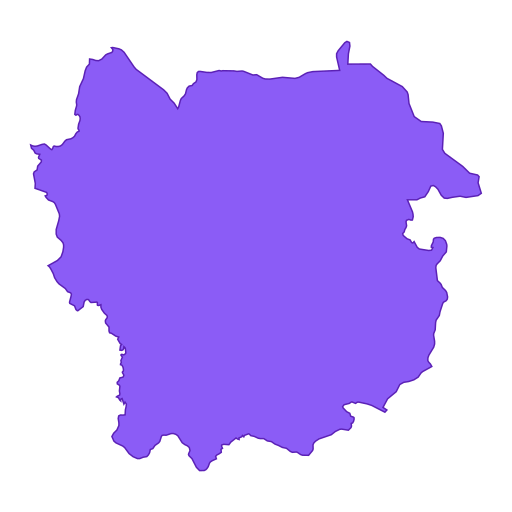 SVG path tracing the border of Kayes
{"feature_id": "MLI-2793", "entity_name": "Kayes", "entity_type": "Region", "adm_level": 1, "iso_a3": "MLI", "parent_name": "Mali", "parent_adm1": "", "projection": "albers", "projection_center": [-10.556, 13.794], "detail": "fine", "context": "isolated", "style": "filled", "palette": "violet", "viewbox_px": 512, "rotation_deg": 0, "n_neighbors": 0, "source": "natural_earth", "source_scale": "10m", "svg_char_len": 5923}
<svg xmlns="http://www.w3.org/2000/svg" viewBox="0 0 512 512"><path d="M77.9,310.7L77.3,310.7L76.0,309.6L74.5,305.8L69.8,303.4L69.5,302.2L71.1,296.1L71.4,294.1L70.6,292.8L67.6,291.7L65.3,288.5L59.0,283.9L57.0,281.6L54.6,277.7L53.3,273.7L51.0,269.3L49.6,267.0L48.1,265.7L57.4,260.5L61.1,256.8L62.9,251.7L63.6,247.2L63.6,244.9L63.0,242.8L61.1,240.4L57.3,237.1L56.2,234.1L56.2,229.5L58.7,220.8L59.6,216.3L59.3,213.8L55.4,204.3L54.3,202.6L52.8,201.6L48.5,200.0L46.1,197.4L45.2,195.9L46.9,195.3L47.3,193.9L46.6,192.4L35.0,188.3L35.3,183.4L33.5,173.8L34.2,171.9L37.1,169.9L37.7,166.1L41.3,161.9L41.4,160.1L38.7,158.4L38.5,157.2L39.8,154.3L36.8,153.9L35.2,153.1L33.7,150.2L31.5,148.3L30.7,145.0L32.6,145.9L35.0,146.3L37.3,146.0L42.0,144.4L44.4,144.0L46.0,144.9L50.6,149.1L51.8,149.7L52.7,148.4L53.3,146.6L54.1,146.0L56.1,146.5L58.3,146.5L60.4,146.0L62.3,144.6L64.9,141.1L66.5,139.7L70.9,138.8L72.9,137.7L74.5,136.3L75.8,133.8L77.3,132.0L79.1,131.2L79.1,130.5L78.1,128.9L78.0,128.2L78.6,124.2L80.0,120.4L80.2,118.3L79.9,116.7L79.1,115.4L77.9,114.4L77.2,114.4L75.9,115.2L74.8,114.4L75.3,110.4L76.6,105.9L76.7,104.7L76.3,102.1L76.5,99.7L78.6,93.7L79.7,86.6L83.4,78.7L85.2,70.7L86.6,67.1L89.4,64.1L89.6,59.0L92.8,59.5L95.7,60.5L98.6,60.7L101.8,59.1L105.7,54.9L107.5,53.9L111.7,52.5L112.6,51.4L112.9,49.6L111.4,47.7L112.7,47.5L118.9,48.8L121.4,49.9L124.1,52.3L134.1,67.0L136.2,69.4L163.6,89.8L167.1,93.3L170.1,99.1L174.1,103.1L177.7,108.7L178.7,106.8L180.4,100.4L181.3,98.5L184.2,95.8L185.5,93.8L186.5,89.7L187.3,87.9L189.1,86.1L192.2,85.5L193.4,83.7L196.0,81.9L196.9,79.5L196.8,74.8L197.2,72.7L198.4,71.5L200.1,71.4L206.7,72.4L211.2,72.5L219.1,70.5L221.2,71.0L222.8,70.7L233.9,70.9L236.9,71.4L242.1,71.0L243.6,71.3L252.9,75.0L256.7,74.7L262.9,78.3L265.4,79.0L269.8,79.1L282.5,77.3L295.0,78.4L299.2,77.3L305.3,73.7L307.5,72.7L312.8,71.6L339.7,70.4L336.6,57.0L336.6,53.7L338.2,50.7L344.8,42.7L346.9,41.4L349.5,42.5L349.9,46.1L348.4,53.8L347.8,64.1L370.4,64.0L372.5,66.4L383.8,75.3L386.9,78.3L402.3,86.6L407.2,92.0L408.1,94.7L409.0,103.5L414.2,116.6L421.2,121.5L432.8,122.1L439.8,123.5L441.4,125.9L443.3,133.3L442.4,149.4L444.8,153.3L462.7,166.4L469.6,173.2L477.6,175.0L479.1,176.7L478.1,182.8L481.3,193.3L478.0,195.6L466.0,197.4L460.1,196.2L452.3,197.3L447.4,198.4L444.2,198.1L441.3,195.3L437.9,189.2L435.6,186.8L433.3,185.5L430.8,186.1L428.3,191.6L424.8,196.8L420.4,198.0L416.9,199.8L407.4,199.8L412.5,211.9L413.0,214.2L413.2,216.7L412.4,220.0L410.9,220.1L408.9,219.4L406.5,220.3L406.0,221.8L406.6,225.8L406.0,227.6L404.8,229.6L404.2,231.9L402.7,233.5L403.0,235.0L403.6,235.8L407.1,238.8L410.1,239.9L411.4,242.2L412.2,242.9L413.1,242.8L414.1,241.6L417.2,247.3L419.3,249.0L428.7,250.5L431.5,250.2L432.9,247.5L431.3,247.2L431.4,245.7L433.2,242.0L433.5,239.2L434.3,238.2L436.5,237.5L440.2,237.4L443.2,238.4L445.4,240.7L446.7,244.3L446.9,246.0L446.3,251.9L442.8,255.9L440.2,260.8L437.2,263.8L436.1,265.4L435.8,267.7L437.4,280.6L440.2,283.2L441.1,284.4L442.3,287.4L445.5,290.5L446.7,292.5L447.6,296.9L447.3,299.1L446.2,300.7L443.5,302.2L442.7,303.5L440.0,311.8L439.3,315.5L436.1,320.2L435.6,322.6L435.2,329.8L433.7,333.6L433.6,335.3L434.6,341.2L434.6,344.0L433.7,347.2L428.9,355.1L427.9,357.8L427.8,360.6L428.8,362.3L430.4,364.0L431.8,366.5L422.6,371.6L420.9,373.1L418.2,377.1L413.9,379.8L408.8,381.5L403.8,382.3L399.8,384.5L396.2,391.7L387.6,398.8L383.0,407.4L386.9,410.0L384.9,412.2L371.7,405.4L367.1,403.9L358.7,402.1L357.2,402.2L355.6,403.4L351.9,401.9L351.2,402.1L349.3,403.4L344.1,404.7L342.6,406.7L343.1,407.9L346.7,411.7L349.8,413.3L350.7,416.2L353.4,417.1L354.0,417.6L354.1,419.1L353.6,421.2L352.6,423.0L351.2,423.4L351.5,426.1L351.0,427.6L348.4,430.2L341.7,429.1L339.8,429.3L335.3,431.5L331.3,434.7L319.0,438.9L315.5,441.2L313.8,443.0L313.0,444.8L313.1,449.0L312.6,450.5L308.6,455.3L302.4,455.2L300.5,454.5L297.5,452.4L296.4,452.0L292.3,452.3L290.3,451.4L286.5,448.3L282.3,447.4L278.4,445.4L275.0,444.1L271.4,441.6L267.3,440.9L263.8,438.6L260.4,438.6L258.2,438.2L254.3,436.4L250.7,435.6L249.5,434.2L248.6,433.8L244.4,435.4L243.8,436.8L242.4,435.5L241.7,436.8L239.0,437.9L239.1,439.5L237.5,439.0L236.0,438.0L230.8,442.1L228.9,444.7L223.7,444.3L221.7,445.0L221.5,446.1L222.5,448.3L221.0,449.3L221.3,452.3L219.0,453.9L216.8,455.0L215.6,456.4L216.4,458.8L212.4,460.6L210.4,461.9L209.5,463.1L208.2,466.7L206.9,468.6L205.8,469.7L204.2,470.5L199.6,470.6L196.4,467.3L192.0,458.7L189.0,455.7L188.5,454.5L188.7,453.6L190.0,450.6L189.3,447.5L187.4,445.8L184.8,444.6L182.2,442.7L177.8,435.7L175.8,434.3L173.2,433.5L171.0,433.6L166.2,435.2L163.6,435.1L162.1,435.4L161.3,436.6L159.8,441.4L158.6,442.9L155.0,445.4L152.8,448.6L150.3,449.5L149.6,452.7L148.4,454.9L146.8,456.6L143.2,457.2L139.7,458.6L137.5,458.6L133.1,456.7L129.1,453.6L124.7,447.6L122.7,446.0L116.0,442.9L113.9,441.1L111.9,436.5L113.7,433.2L116.9,430.0L118.9,425.5L118.9,422.9L118.2,418.5L118.7,415.9L120.4,415.0L123.1,415.1L125.1,414.8L125.4,409.7L126.1,406.7L126.4,404.1L125.0,402.1L123.9,404.1L122.1,398.5L121.2,398.8L120.6,400.0L120.7,400.9L119.8,400.1L118.5,397.8L116.5,396.9L117.3,396.2L119.6,395.1L119.9,393.8L119.4,391.0L119.9,386.3L119.4,385.2L117.3,383.9L117.2,382.3L118.7,380.9L119.9,377.9L122.9,377.2L123.8,375.7L123.6,374.6L122.4,372.6L122.4,372.0L123.2,371.2L123.5,370.0L123.1,367.5L122.3,365.8L121.8,365.1L120.5,364.7L120.5,364.0L121.3,362.4L120.9,360.6L122.4,357.1L121.0,355.3L121.1,354.6L121.8,354.3L123.8,354.9L125.4,353.7L125.8,353.0L125.4,348.8L124.9,347.6L123.9,346.7L123.7,348.6L122.9,349.9L121.6,350.4L119.9,350.1L120.5,345.8L121.6,344.4L120.2,343.6L117.7,339.3L118.7,337.0L115.7,336.1L111.5,333.3L109.6,332.8L109.0,331.0L109.0,327.1L105.6,323.0L105.3,320.9L105.7,319.7L107.2,317.7L107.3,316.5L106.9,315.4L104.4,313.2L101.7,309.4L100.9,307.2L100.9,304.7L98.8,305.5L97.5,305.3L97.3,304.2L97.4,302.6L96.9,302.1L91.0,302.5L89.9,301.6L88.5,299.6L86.9,299.4L85.2,300.3L84.1,302.1L83.2,306.6L77.9,310.7Z" fill="#8b5cf6" stroke="#5b21b6" stroke-width="1.5"/></svg>